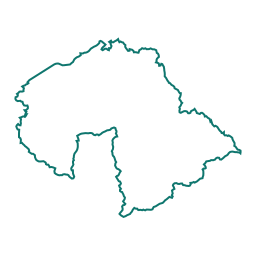 Capão Bonito, São Paulo, Brazil (orthographic projection)
{"feature_id": "56859067B71200368651940", "entity_name": "Capão Bonito", "entity_type": "district", "adm_level": 2, "iso_a3": "BRA", "parent_name": "Brazil", "parent_adm1": "São Paulo", "projection": "orthographic", "projection_center": [-48.285, -24.054], "detail": "fine", "context": "isolated", "style": "outline", "palette": "teal", "viewbox_px": 256, "rotation_deg": 0, "n_neighbors": 0, "source": "geoboundaries", "source_scale": "gbopen_adm2", "svg_char_len": 5808}
<svg xmlns="http://www.w3.org/2000/svg" viewBox="0 0 256 256"><path d="M27.5,82.2L28.4,83.1L27.5,83.9L25.9,84.5L24.8,85.5L23.4,85.8L22.2,86.5L23.9,88.2L23.5,89.8L23.5,91.2L22.1,91.6L20.4,91.5L19.4,91.7L18.5,92.8L17.0,93.9L17.9,95.0L17.4,96.5L15.6,97.2L15.4,98.9L16.2,100.3L17.7,101.1L20.4,100.8L21.2,101.6L22.5,101.8L23.1,103.9L24.1,105.4L25.1,105.6L26.2,105.7L27.4,105.5L27.9,106.9L27.8,108.5L26.1,110.1L24.6,110.2L25.3,111.2L26.4,111.8L25.7,113.1L25.2,114.7L26.6,114.4L25.8,115.9L24.9,116.9L23.8,116.4L22.8,116.5L21.4,117.2L19.8,117.7L21.0,119.2L20.6,121.7L20.9,123.2L20.5,125.3L19.3,125.2L18.1,124.0L16.9,125.2L16.3,126.4L16.8,127.9L17.6,129.4L19.2,129.7L19.0,133.1L19.0,137.2L20.4,138.3L20.9,139.8L20.6,143.0L21.9,142.8L22.9,144.0L24.3,145.2L25.1,146.2L26.3,147.0L28.7,149.2L29.2,150.7L28.8,151.8L31.7,153.8L33.1,153.8L34.9,155.2L35.0,157.2L36.0,159.6L37.3,160.7L38.7,161.4L40.5,161.5L43.4,161.2L44.4,161.7L45.7,162.6L46.0,164.2L46.9,164.7L48.3,164.7L49.1,165.9L49.6,167.2L51.5,167.0L53.1,167.4L55.3,168.3L54.4,171.1L54.7,173.0L56.1,174.1L57.8,174.9L59.3,175.3L60.8,175.1L62.0,175.2L63.1,174.4L64.7,174.2L66.1,174.6L67.2,174.6L68.5,175.2L69.1,176.3L69.9,177.1L71.9,178.6L73.4,178.3L74.2,176.7L73.0,173.5L72.9,170.3L71.7,170.3L71.2,168.9L71.5,167.7L72.7,166.0L73.4,164.5L73.0,162.9L73.0,161.2L73.9,160.2L73.3,158.8L73.8,157.5L73.9,155.7L74.5,153.6L76.4,151.1L77.2,149.6L77.7,147.5L77.8,146.3L77.7,143.2L76.6,140.9L78.7,140.6L78.4,139.0L77.2,135.8L80.4,134.0L81.7,133.6L85.5,133.1L88.3,133.3L89.9,133.0L91.0,133.0L92.5,133.4L93.2,134.3L94.2,135.0L95.3,135.2L96.4,134.5L97.8,134.5L98.8,135.3L101.0,133.9L102.2,132.8L103.5,132.1L105.2,131.4L107.2,130.3L108.5,130.2L110.4,129.7L111.3,128.5L114.0,127.5L115.4,128.1L115.8,129.9L116.5,131.1L116.4,132.3L115.9,133.4L116.6,134.8L117.2,136.5L115.8,136.8L114.7,137.4L113.0,139.2L112.4,140.6L112.8,142.5L112.5,144.4L113.2,146.9L112.9,149.2L111.8,151.2L112.4,152.5L112.5,154.4L112.9,155.7L113.9,156.6L114.6,158.2L115.4,160.9L116.2,162.1L115.4,163.4L115.1,165.6L116.3,167.9L117.2,168.8L118.3,169.1L119.6,170.0L120.7,171.2L119.8,172.5L118.8,174.7L118.2,175.6L117.1,175.9L116.1,176.8L118.8,181.2L120.0,181.5L120.9,183.3L120.4,184.6L119.1,185.5L119.6,187.0L120.9,188.8L120.0,189.7L120.0,191.0L121.1,191.8L122.2,192.1L122.6,193.1L123.4,194.5L123.9,196.2L124.9,197.5L124.7,198.9L123.9,200.3L123.1,201.3L124.1,202.7L125.3,203.9L124.5,204.9L122.9,205.3L122.1,206.5L122.6,208.4L122.6,209.9L121.3,211.6L120.4,212.6L119.5,213.9L120.9,215.3L123.5,216.9L125.7,216.1L126.9,215.3L128.8,214.5L130.1,213.9L130.7,212.9L131.6,212.0L132.2,211.0L132.8,209.7L134.3,207.9L135.5,208.6L137.3,208.7L137.8,209.7L138.9,210.1L140.1,209.8L142.3,210.2L143.3,209.6L144.3,210.1L145.4,210.3L146.4,209.6L147.8,209.6L151.0,209.8L152.5,209.3L153.1,208.0L153.7,207.0L155.7,206.3L159.6,203.8L162.7,202.9L164.2,201.4L165.1,200.3L166.6,199.3L169.4,196.9L172.0,197.8L172.7,196.4L171.8,195.3L172.7,193.4L172.4,192.3L172.0,190.5L173.1,189.6L174.4,188.9L173.8,187.1L172.9,185.6L173.2,184.5L174.5,183.3L176.5,183.1L177.7,183.8L179.2,184.0L180.4,183.6L182.1,183.5L183.1,185.1L184.8,185.2L186.0,185.7L188.8,186.0L189.9,185.6L190.7,184.2L190.4,182.9L192.3,182.7L193.8,182.0L194.7,182.6L197.0,181.4L200.1,178.7L202.5,178.2L202.8,176.8L203.3,175.4L203.4,173.2L203.3,170.8L202.6,169.4L203.5,168.6L204.9,168.6L205.8,168.0L205.6,166.8L204.9,165.6L203.9,164.4L205.3,163.1L206.3,161.4L210.0,160.8L211.1,160.1L213.3,160.2L215.0,159.6L215.9,158.4L217.3,157.6L219.1,157.8L219.9,159.4L221.2,159.6L222.9,158.3L225.3,156.1L226.6,155.5L227.7,154.7L228.7,153.2L229.9,152.1L231.2,151.7L232.7,151.6L234.9,152.1L236.6,152.1L238.2,152.4L239.5,152.5L240.4,153.3L240.6,152.0L240.5,150.6L239.2,149.9L237.6,149.6L235.5,146.6L234.3,145.9L234.6,144.2L234.5,142.9L233.1,140.5L232.5,139.2L232.3,138.0L231.4,137.1L230.1,136.2L228.7,135.4L227.8,136.0L226.5,135.3L224.8,135.4L223.9,134.2L223.9,132.2L222.7,133.2L221.6,133.0L221.2,131.8L220.2,131.1L219.4,130.2L218.7,129.1L217.3,126.9L215.5,125.8L214.3,126.4L212.4,124.4L211.2,120.6L210.4,121.6L209.6,118.8L207.8,117.8L206.3,116.2L204.8,116.5L204.6,115.2L203.2,113.6L202.0,112.8L200.9,112.9L199.8,114.0L196.8,113.0L196.5,111.9L194.6,108.9L193.6,109.9L192.2,110.5L190.9,111.3L190.4,112.8L189.2,113.3L188.1,113.2L187.1,111.6L185.7,111.1L184.2,111.1L182.5,111.9L180.8,112.8L179.6,112.3L179.4,110.7L179.9,108.8L179.3,107.3L180.7,105.6L181.3,104.0L182.2,102.9L181.1,101.9L180.6,100.6L179.6,99.7L179.3,98.3L180.1,96.9L180.7,94.9L180.8,93.2L179.7,93.1L178.7,91.6L177.9,90.0L174.6,88.3L174.3,86.8L173.2,85.8L171.4,84.8L170.1,83.2L168.8,82.8L168.5,81.7L167.6,80.8L166.1,78.0L164.7,76.3L164.8,74.5L164.7,72.7L164.3,70.5L164.2,69.0L163.8,66.7L163.0,65.5L162.3,64.1L161.3,63.8L160.5,65.5L159.2,65.8L158.8,63.5L157.6,62.8L156.0,62.4L156.6,61.4L156.5,60.1L156.9,58.9L157.9,57.7L158.9,56.9L158.7,55.1L158.0,53.6L156.8,52.9L156.2,50.2L154.2,49.3L152.5,49.3L150.6,48.4L149.1,49.1L146.6,49.2L145.4,48.3L143.9,48.8L142.1,48.2L141.1,49.2L139.4,50.1L138.5,52.7L137.3,52.6L135.9,52.2L133.9,52.3L133.6,51.1L132.2,49.8L129.6,49.1L129.5,50.7L128.1,50.9L125.9,48.0L125.2,46.8L125.4,45.1L124.0,43.9L123.1,42.5L121.7,42.2L120.6,41.5L119.4,42.2L118.7,40.9L118.1,39.1L116.9,40.1L115.8,40.8L114.5,41.4L113.4,42.3L111.8,42.2L111.0,40.7L109.2,41.9L110.7,43.3L110.7,44.5L111.5,46.0L111.1,47.1L110.5,48.3L109.1,48.1L108.9,50.2L107.7,49.8L106.7,48.8L105.1,48.7L102.7,50.2L101.5,49.4L102.0,48.2L103.1,47.0L104.5,45.8L105.5,44.6L101.7,41.4L100.5,40.9L99.5,41.4L99.3,43.0L97.8,44.5L96.7,45.4L95.6,46.0L93.8,46.8L92.1,47.9L91.2,48.4L90.4,49.2L89.0,50.9L87.5,52.0L86.5,52.4L85.5,52.7L84.3,52.7L83.1,53.4L81.8,53.5L80.4,53.3L80.7,55.2L78.7,56.6L77.0,57.2L75.7,58.1L74.3,59.4L73.0,62.0L71.6,63.0L70.0,64.5L64.1,65.2L62.5,65.3L59.1,63.8L58.0,63.5L56.0,63.7L54.4,64.3L29.4,80.1L27.5,82.2Z" fill="none" stroke="#0f766e" stroke-width="2"/></svg>